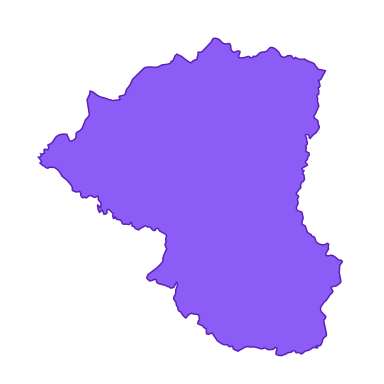 the border of Smolensk, rotated 95°
{"feature_id": "RUS-2343", "entity_name": "Smolensk", "entity_type": "Region", "adm_level": 1, "iso_a3": "RUS", "parent_name": "Russia", "parent_adm1": "", "projection": "albers", "projection_center": [33.375, 54.744], "detail": "fine", "context": "isolated", "style": "filled", "palette": "violet", "viewbox_px": 384, "rotation_deg": 95, "n_neighbors": 0, "source": "natural_earth", "source_scale": "10m", "svg_char_len": 5881}
<svg xmlns="http://www.w3.org/2000/svg" viewBox="0 0 384 384"><g transform="rotate(95 192 192)"><path d="M52.3,157.4L54.0,156.9L54.2,154.6L53.5,151.7L52.0,147.6L52.2,146.8L52.7,146.0L53.1,144.8L53.0,144.2L52.5,143.2L51.4,142.6L51.3,142.0L51.6,140.9L51.5,140.4L50.7,139.4L47.7,136.8L46.8,135.3L45.8,131.0L45.0,129.5L41.6,127.1L41.0,125.6L41.3,123.4L42.3,121.3L44.7,118.1L48.8,115.3L49.7,113.9L49.8,111.6L47.9,108.5L47.5,106.4L47.9,104.5L49.7,103.2L50.2,101.7L48.9,100.9L50.4,96.8L50.1,92.4L49.7,91.7L51.1,88.8L53.1,82.2L54.4,80.7L55.9,79.9L57.1,78.4L58.5,77.4L58.8,76.7L59.1,72.7L59.7,69.6L68.8,73.6L70.0,75.9L70.4,75.9L71.4,74.8L75.3,73.7L76.7,74.4L77.5,75.6L79.9,74.5L83.0,74.3L83.8,74.5L84.3,75.7L85.8,76.0L87.3,75.1L90.7,74.9L95.2,73.2L102.0,75.4L106.3,77.3L107.7,76.3L109.7,73.2L110.8,72.5L113.2,72.3L115.5,70.9L116.6,70.9L117.9,71.2L122.2,73.6L124.8,76.5L128.4,79.0L128.0,79.8L125.7,80.4L125.1,80.8L124.7,81.6L124.7,82.5L125.1,83.7L125.9,84.0L128.5,82.5L131.4,82.1L132.4,81.4L134.2,81.4L136.3,82.8L137.5,82.0L141.1,82.2L141.8,81.7L142.8,78.9L144.7,78.3L147.0,79.7L149.5,79.9L151.8,81.7L152.8,81.4L154.0,80.0L155.2,79.3L158.9,84.6L159.6,84.6L160.4,84.0L161.1,82.3L163.6,83.4L165.8,81.8L169.2,81.1L170.1,81.2L171.8,82.1L172.7,83.7L176.3,84.5L177.9,83.9L178.5,84.1L180.0,85.4L184.4,88.1L185.3,87.7L186.3,86.0L187.0,85.4L187.7,85.4L189.8,86.4L194.1,85.3L198.2,86.7L199.4,86.6L201.2,85.4L201.8,83.9L202.1,81.8L202.5,80.9L203.4,80.4L208.2,79.0L213.1,79.9L214.0,79.6L215.1,78.6L215.3,77.7L216.0,76.2L221.8,73.7L222.5,73.0L224.0,69.7L225.5,68.6L226.0,67.4L226.1,66.5L227.1,65.6L230.6,64.1L231.9,62.5L232.7,60.8L233.3,57.0L233.2,55.8L231.3,52.6L232.0,51.3L234.2,51.5L237.0,51.1L241.5,53.3L243.0,53.2L243.6,52.2L243.7,50.9L242.8,47.8L243.1,46.1L244.1,44.0L247.0,39.9L247.1,37.2L247.5,36.6L248.7,36.3L252.3,38.4L259.5,38.3L267.3,36.0L268.6,36.0L269.6,36.3L272.5,39.4L273.0,40.3L274.3,44.5L275.4,45.1L278.7,42.9L280.3,43.7L281.9,45.3L288.1,48.7L290.5,51.0L295.8,53.9L299.0,53.5L299.9,52.9L304.2,47.9L306.2,48.1L308.4,49.7L321.9,45.6L323.4,45.7L326.6,48.6L331.4,49.6L333.6,50.7L334.1,51.6L334.2,54.4L334.8,54.7L335.8,53.3L336.2,53.2L336.4,53.9L336.2,56.8L336.5,57.9L339.0,61.1L340.0,63.3L340.6,65.6L342.3,66.9L343.6,68.5L343.6,69.4L342.5,71.9L342.6,72.9L343.2,74.0L343.1,74.4L341.4,75.3L341.2,76.4L341.5,77.7L343.0,79.3L343.9,83.0L345.2,84.1L346.3,86.9L347.1,88.0L347.2,88.7L347.1,92.3L346.2,94.2L343.8,94.4L341.1,93.5L340.1,94.0L339.7,95.0L339.7,95.5L341.0,96.6L341.9,98.2L342.4,101.9L342.2,103.3L341.3,104.7L340.9,106.2L342.0,108.0L342.2,109.3L340.9,115.9L340.9,117.1L341.4,121.1L341.0,122.5L341.8,125.4L346.6,132.4L345.0,136.7L344.5,137.3L343.4,137.5L342.2,138.3L342.1,138.7L342.6,139.7L342.8,140.8L342.4,142.3L340.9,143.2L341.3,145.7L341.1,148.0L338.5,153.0L337.5,154.2L331.1,159.3L330.8,160.3L332.4,163.1L332.1,164.9L331.5,165.3L327.0,165.9L326.0,168.4L324.2,169.8L323.0,174.3L322.3,174.9L320.0,174.4L319.0,173.5L315.0,174.2L313.8,174.8L313.4,177.2L313.4,179.6L312.9,182.5L315.4,185.5L317.5,186.6L318.0,187.1L317.8,187.9L316.9,188.7L316.2,189.9L312.7,192.6L311.7,194.6L310.9,195.4L307.7,196.4L306.1,197.7L303.6,198.2L300.0,201.0L297.7,200.8L295.0,199.5L290.6,199.6L287.2,198.5L284.4,198.6L283.3,199.3L283.7,199.8L288.4,201.7L289.0,202.7L289.6,204.8L288.5,206.6L288.2,208.6L287.3,210.3L286.3,216.8L285.4,219.0L282.1,220.5L282.4,221.9L283.9,224.7L284.2,226.2L283.7,227.3L282.5,228.9L281.4,229.6L278.1,228.7L270.3,220.0L265.2,215.9L263.1,214.8L261.2,215.3L257.5,214.6L250.8,212.3L247.0,214.3L245.6,214.1L244.1,213.3L241.8,214.2L237.9,213.6L237.0,213.9L235.8,215.9L233.7,220.8L231.5,222.6L231.1,223.6L231.9,224.9L233.4,225.2L233.7,226.8L233.3,227.8L230.7,230.7L230.5,231.6L230.8,233.3L229.8,234.8L229.8,235.7L232.7,240.1L234.4,241.8L233.6,244.8L232.9,245.7L231.8,246.2L231.3,248.3L230.9,248.9L229.0,248.9L227.7,249.7L227.6,250.1L228.0,250.7L229.5,251.1L229.9,251.7L229.7,254.6L230.0,256.5L229.9,258.1L229.0,258.9L226.5,260.3L226.1,261.2L225.9,264.4L225.3,265.2L223.6,266.3L225.1,267.3L225.1,267.9L222.7,269.0L221.0,268.5L220.3,268.8L217.7,271.8L216.6,273.8L216.8,274.6L217.3,275.1L220.3,274.9L221.4,275.9L221.9,277.7L218.1,279.7L218.3,280.5L219.6,281.4L220.3,282.5L217.5,284.0L213.5,285.0L213.2,284.8L213.3,284.5L215.4,282.1L215.5,281.5L211.5,281.6L209.8,282.7L208.0,284.7L204.5,284.9L204.4,285.5L205.6,287.6L205.8,288.9L204.4,292.5L204.4,293.4L204.9,294.5L206.9,296.4L207.0,297.3L206.5,298.9L206.9,299.2L207.3,300.4L206.9,301.1L205.3,302.4L203.0,302.8L201.6,303.5L201.4,304.1L202.1,307.6L201.0,311.0L200.2,311.5L198.1,311.6L196.3,312.5L191.2,317.5L187.7,322.7L184.1,325.2L181.8,327.4L180.1,330.0L179.6,331.4L179.7,335.9L179.9,336.6L180.9,337.5L180.7,338.8L178.0,343.9L176.4,346.0L175.3,344.8L174.3,344.7L170.7,348.0L170.5,346.7L169.8,345.8L168.7,345.2L167.3,346.0L167.5,345.1L166.2,342.4L163.2,343.1L162.4,342.8L162.1,341.5L162.7,339.4L160.5,338.6L159.2,338.8L158.1,339.7L157.6,339.5L156.0,336.6L154.4,335.3L149.0,332.3L147.4,330.5L146.2,328.1L145.5,324.8L145.4,321.8L151.1,318.7L151.6,317.9L151.8,317.0L151.6,316.1L149.9,313.5L148.5,312.7L147.1,312.4L143.6,312.5L142.6,311.9L140.5,308.8L138.1,307.0L129.4,304.4L125.4,301.4L123.8,301.0L109.2,304.6L103.3,302.4L100.3,302.3L101.0,299.4L103.8,295.0L105.1,292.1L106.4,285.4L107.2,282.8L107.5,280.2L107.9,279.3L106.4,272.1L105.8,271.7L103.7,272.9L102.9,272.6L101.4,268.1L100.6,267.2L95.8,266.2L90.2,262.8L84.9,261.0L72.8,250.6L71.8,248.8L71.2,245.5L70.9,238.6L70.4,236.7L68.1,233.2L66.7,227.1L65.6,224.7L63.6,224.1L62.9,222.4L57.9,220.8L56.0,219.2L57.8,214.2L61.4,208.8L63.5,204.3L60.9,202.0L59.4,198.7L53.7,197.9L52.2,198.1L52.0,195.9L51.1,194.0L41.0,186.0L38.2,184.9L37.2,184.1L36.8,182.2L37.3,179.0L38.7,176.9L40.3,175.4L41.4,173.5L41.6,170.6L41.0,168.8L40.8,167.6L42.5,166.3L46.6,165.6L47.8,164.8L49.2,162.6L48.9,161.2L48.0,159.9L47.4,157.9L47.8,156.5L49.2,156.4L52.3,157.4Z" fill="#8b5cf6" stroke="#5b21b6" stroke-width="1.5"/></g></svg>